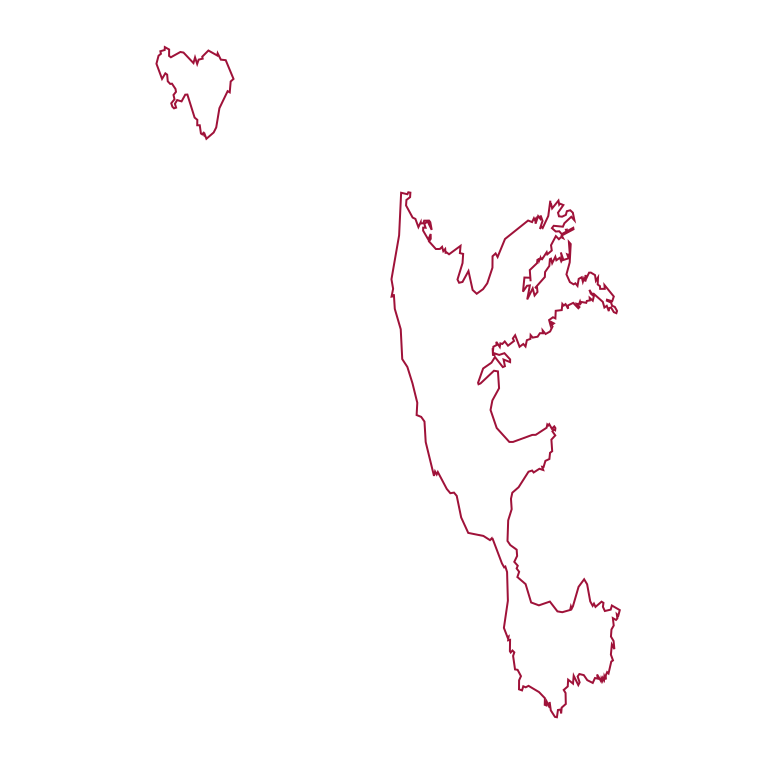 the district of Værøy nor, Norway, rotated 275°
{"feature_id": "86288312B52145854471889", "entity_name": "Værøy nor", "entity_type": "district", "adm_level": 2, "iso_a3": "NOR", "parent_name": "Norway", "parent_adm1": "", "projection": "robinson", "projection_center": [12.676, 67.694], "detail": "fine", "context": "isolated", "style": "outline", "palette": "rose", "viewbox_px": 768, "rotation_deg": 275, "n_neighbors": 0, "source": "geoboundaries", "source_scale": "gbopen_adm2", "svg_char_len": 6144}
<svg xmlns="http://www.w3.org/2000/svg" viewBox="0 0 768 768"><g transform="rotate(275 384 384)"><path d="M533.4,386.1L489.0,382.3L479.6,384.8L471.7,383.9L472.2,385.8L474.3,386.0L459.8,388.2L440.0,395.9L410.4,400.0L403.0,405.8L387.2,412.3L368.2,418.8L355.9,419.2L354.5,423.9L350.1,427.6L329.8,430.6L296.8,441.8L301.3,442.5L298.5,444.4L301.0,445.3L284.9,455.7L281.0,459.6L281.9,463.2L278.9,466.2L257.8,472.5L243.0,480.9L241.3,496.3L237.7,503.2L239.7,504.8L238.1,505.5L239.9,505.4L215.6,517.1L211.8,519.7L212.7,520.8L207.4,523.0L178.9,526.3L151.5,524.7L142.3,529.2L143.2,530.1L139.5,530.0L140.1,531.9L128.8,532.7L127.6,533.6L129.7,535.2L128.0,537.2L124.4,536.3L111.1,539.4L110.9,542.0L104.9,545.9L100.6,544.4L91.6,545.1L90.8,548.2L95.0,549.1L94.2,551.6L95.9,554.3L90.6,565.3L85.0,571.7L78.4,572.1L77.9,573.8L81.6,573.9L75.9,577.3L81.7,576.7L73.4,578.6L67.3,583.3L67.1,585.3L74.4,585.7L75.1,588.2L71.2,589.2L77.1,589.2L81.1,593.0L92.0,591.8L94.9,589.7L98.7,593.4L105.5,593.2L102.0,598.4L109.9,598.4L101.0,603.8L103.8,604.9L109.5,602.4L112.1,603.9L111.4,608.4L106.7,612.3L104.4,618.0L109.5,619.8L109.1,622.7L113.2,621.6L107.0,626.0L109.7,626.2L107.5,627.5L110.1,627.7L108.3,629.0L112.2,629.0L109.0,630.8L112.8,630.3L116.4,631.4L115.2,632.9L127.3,634.6L128.6,636.2L134.2,633.6L144.3,633.7L140.0,636.6L148.0,635.1L152.2,632.1L159.3,632.0L163.4,633.9L170.7,632.4L169.2,635.7L170.8,636.9L174.9,636.0L173.6,637.6L179.3,638.6L183.2,630.3L179.0,629.5L177.1,623.8L181.1,621.5L185.1,621.7L186.1,619.7L180.4,614.1L183.5,612.3L181.2,611.2L185.4,608.4L202.2,603.8L206.9,600.4L198.9,595.5L179.1,591.6L176.6,590.6L178.7,589.6L175.1,589.1L172.2,581.5L172.6,576.6L181.7,568.2L177.0,557.6L179.2,549.6L197.0,542.5L203.3,533.7L208.7,535.0L211.8,532.2L214.6,533.1L218.2,529.3L224.3,531.6L230.5,530.6L234.5,523.9L238.4,520.7L259.0,519.6L270.4,522.1L280.7,520.5L286.9,521.3L292.9,527.1L309.2,535.6L310.7,539.1L308.9,540.8L313.1,546.2L312.2,550.1L315.3,548.8L315.2,550.2L321.5,551.5L323.7,555.3L329.9,555.4L331.7,557.4L343.2,555.6L347.7,559.1L351.5,555.9L353.4,557.0L352.8,558.5L355.0,558.6L356.6,557.3L354.1,555.1L358.4,552.1L357.0,551.2L357.9,550.2L354.6,549.8L346.6,539.6L346.2,536.1L337.5,517.5L337.2,513.9L350.0,500.1L367.4,492.4L377.1,493.4L389.8,499.0L406.5,496.4L406.8,492.4L393.0,480.1L392.0,478.2L393.4,477.6L408.1,481.4L414.6,489.2L420.5,492.2L411.2,500.9L412.3,502.9L418.8,501.0L416.8,507.7L419.5,507.5L425.2,501.3L423.0,496.2L424.2,491.2L422.3,491.5L422.5,490.0L429.1,489.1L428.2,489.7L430.7,489.7L432.6,492.8L435.8,492.2L431.0,496.1L434.6,496.4L434.2,498.4L436.9,500.6L433.0,504.2L438.2,509.8L440.6,508.4L444.0,510.4L432.9,515.8L436.0,519.3L433.7,521.7L440.1,522.5L441.7,525.9L445.5,525.8L443.2,528.1L444.5,532.9L448.2,534.9L448.4,537.9L451.2,537.4L447.9,540.6L450.8,544.9L455.9,546.9L457.3,545.7L459.2,547.9L460.3,545.3L457.2,544.7L462.1,542.9L465.2,546.5L464.3,549.0L471.9,548.7L473.1,554.6L479.3,554.7L477.8,556.2L479.4,557.9L475.0,560.9L478.2,560.3L481.3,565.4L476.4,571.0L477.7,572.0L480.7,569.2L480.5,571.3L483.3,572.1L481.4,572.9L482.9,573.7L482.5,578.4L484.4,578.8L485.2,581.8L487.7,581.4L485.2,584.7L489.7,585.4L492.1,582.1L495.7,580.4L492.0,583.1L492.2,585.0L484.9,594.8L479.4,596.9L481.3,599.1L476.2,601.6L479.2,601.6L480.0,603.5L475.6,606.7L474.8,609.3L477.1,609.8L480.9,607.2L481.8,604.5L485.0,603.0L486.4,598.7L487.4,598.8L486.3,604.1L491.2,605.3L501.8,595.0L498.0,595.6L497.6,591.0L500.3,590.6L501.8,588.2L508.8,587.9L505.3,586.1L510.9,584.7L513.0,580.4L512.8,578.6L506.4,576.2L510.2,575.2L503.8,575.9L506.6,574.0L503.2,573.2L507.6,571.7L505.7,568.8L498.6,568.2L501.0,565.9L499.8,564.2L501.7,560.3L509.1,556.2L521.3,558.4L539.7,557.8L541.6,555.8L530.6,557.6L528.4,556.9L529.0,555.3L525.3,557.0L523.2,551.9L530.5,548.7L523.7,550.9L521.6,549.9L525.1,548.2L522.3,544.9L525.7,543.6L519.0,541.0L523.4,539.4L522.8,538.4L516.0,538.4L509.6,534.7L504.6,534.9L492.7,526.1L494.0,527.9L489.1,528.9L485.3,526.3L492.2,523.8L480.7,519.3L494.9,520.7L494.3,517.9L488.1,514.4L502.3,514.6L502.6,520.5L499.1,521.1L510.2,519.3L517.7,525.9L521.8,526.1L519.2,526.6L522.7,527.2L520.3,527.8L523.2,528.8L522.1,529.1L523.0,530.4L521.3,530.2L529.5,534.6L527.4,535.4L531.6,539.5L536.8,538.3L546.3,542.3L543.5,545.6L545.8,547.6L545.0,549.6L547.4,548.1L554.7,559.3L556.1,558.9L551.9,552.6L553.7,552.6L553.5,551.8L551.8,552.5L548.8,548.0L551.4,545.3L550.9,541.8L553.9,537.7L556.4,539.3L556.3,548.5L559.9,549.7L566.9,556.0L563.7,559.4L571.1,557.2L573.3,554.4L572.1,551.1L568.3,550.4L566.2,546.8L566.3,543.7L569.8,542.4L577.9,547.1L579.0,543.5L578.0,542.9L581.9,541.8L573.6,536.2L578.9,534.4L575.2,533.9L581.1,533.7L565.7,533.0L553.3,528.5L554.5,527.3L552.1,525.8L560.3,527.7L565.5,525.4L562.3,525.2L564.7,522.9L556.9,521.0L561.5,520.6L560.4,520.0L562.2,518.9L558.2,517.4L559.4,513.3L539.0,491.9L520.4,486.1L523.8,483.8L520.7,481.0L509.3,481.9L493.3,478.1L487.1,474.4L482.0,468.5L485.4,464.1L503.9,458.3L492.5,453.3L491.4,450.0L494.5,448.1L511.3,451.7L520.5,451.5L521.0,448.2L528.3,448.2L518.9,437.5L521.0,434.2L519.2,434.1L523.8,433.2L521.5,431.5L525.7,429.9L523.4,427.9L523.0,423.9L530.0,416.4L532.7,417.9L537.5,417.4L531.7,415.6L540.2,409.6L543.2,409.4L543.3,411.8L547.0,410.2L549.7,413.3L541.7,418.1L549.2,416.0L550.7,414.7L550.2,409.8L547.6,409.2L547.1,406.7L548.4,406.5L543.3,404.6L551.2,400.9L552.3,398.0L563.8,390.4L569.3,390.3L572.4,393.7L576.9,393.6L577.1,391.5L575.1,390.8L576.0,384.4L533.4,386.1ZM683.2,129.4L668.6,136.3L674.4,139.1L673.3,141.0L666.7,142.2L664.3,144.9L664.7,146.6L659.7,150.6L656.9,151.3L653.6,149.1L649.4,150.5L645.1,147.6L641.8,149.0L640.3,150.8L641.2,152.8L644.9,151.3L648.8,153.2L647.9,157.7L654.9,160.8L655.2,162.9L632.9,172.1L630.9,175.0L625.5,175.4L625.7,177.9L617.6,179.8L616.8,181.2L618.2,182.1L616.4,183.1L617.4,183.5L612.8,185.7L619.7,192.4L625.0,194.5L644.4,196.0L662.1,202.7L661.1,204.9L672.0,204.9L674.8,207.5L692.8,198.1L692.9,193.2L698.9,189.5L696.7,189.3L700.9,180.0L694.2,174.4L692.3,175.0L691.0,171.1L686.5,170.0L692.9,167.3L687.1,166.2L696.7,155.4L697.0,152.2L690.9,143.2L692.1,141.3L698.5,140.8L700.5,136.3L697.6,136.4L696.0,132.2L693.5,133.0L691.4,130.8L683.2,129.4Z" fill="none" stroke="#9f1239" stroke-width="2"/></g></svg>